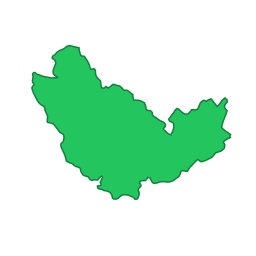 Khoiniki, Gomel, Belarus, rotated 279°
{"feature_id": "67162791B63950130624576", "entity_name": "Khoiniki", "entity_type": "district", "adm_level": 2, "iso_a3": "BLR", "parent_name": "Belarus", "parent_adm1": "Gomel", "projection": "albers", "projection_center": [29.942, 51.823], "detail": "fine", "context": "isolated", "style": "filled", "palette": "green", "viewbox_px": 256, "rotation_deg": 279, "n_neighbors": 0, "source": "geoboundaries", "source_scale": "gbopen_adm2", "svg_char_len": 4368}
<svg xmlns="http://www.w3.org/2000/svg" viewBox="0 0 256 256"><g transform="rotate(279 128 128)"><path d="M134.7,230.6L135.3,229.9L137.5,230.4L139.1,227.4L140.0,225.2L141.5,222.5L143.3,220.3L145.8,220.5L148.5,220.8L150.6,221.2L153.1,221.7L157.5,222.7L160.5,223.2L161.3,222.3L163.2,220.1L166.0,220.1L167.5,220.8L169.3,222.1L171.5,221.3L172.2,220.1L172.9,219.1L170.2,216.7L164.9,214.1L163.3,212.6L165.7,209.9L168.3,207.2L169.8,205.4L168.4,203.1L166.5,200.9L167.1,199.8L167.1,198.1L164.9,196.0L162.4,195.0L159.2,194.4L157.2,193.6L156.4,191.5L156.3,189.7L155.9,187.8L154.1,187.1L151.2,185.0L150.7,182.0L151.4,180.1L152.9,177.4L154.5,175.4L154.9,173.2L153.1,171.8L150.5,170.8L148.9,169.9L145.6,168.2L143.0,166.8L141.2,168.0L140.8,169.8L140.1,171.6L139.1,172.5L135.9,173.1L132.9,172.9L129.8,172.0L128.0,171.5L128.5,169.0L129.5,167.2L130.8,165.4L131.8,163.6L133.4,163.2L135.1,164.5L137.1,164.6L139.0,162.9L140.2,159.0L141.0,156.8L142.5,154.3L143.6,151.5L145.0,150.0L147.2,149.5L148.7,147.4L148.4,145.0L149.1,142.9L151.2,142.5L153.7,141.4L155.5,140.2L156.6,137.0L157.0,133.7L156.7,131.7L156.4,129.6L157.6,128.8L159.6,127.9L161.9,127.5L162.9,125.4L164.0,123.7L165.2,121.0L164.6,118.0L166.2,116.3L168.2,113.3L168.4,110.3L168.8,107.5L168.7,106.1L166.6,104.5L164.4,102.2L165.6,99.7L163.6,98.3L163.5,95.9L164.9,94.9L167.3,94.4L170.3,93.4L171.7,91.3L173.1,89.4L174.7,88.2L176.6,87.4L179.0,87.0L180.8,86.1L181.2,84.7L180.3,83.3L180.2,82.3L181.6,81.1L184.2,80.0L186.2,78.6L188.8,76.7L190.4,74.9L191.9,73.8L192.0,70.5L193.8,69.1L195.7,68.4L197.4,67.6L199.6,67.1L199.7,64.7L199.9,61.2L200.3,57.5L199.3,55.1L197.1,53.0L195.5,51.2L194.1,48.7L192.3,46.7L191.1,45.5L189.4,44.8L188.5,43.9L187.8,42.9L186.9,42.2L185.5,42.1L184.7,42.5L184.4,43.6L183.4,45.3L182.1,46.0L180.3,46.6L178.0,46.0L176.8,45.7L175.9,45.5L173.8,45.1L172.9,45.1L171.2,45.3L170.0,45.7L169.0,46.6L168.4,47.6L167.5,49.7L166.8,50.5L166.3,49.5L166.1,47.4L165.5,45.0L165.6,38.8L165.9,34.8L166.6,32.3L166.7,30.6L166.8,29.7L167.6,28.5L168.2,27.4L168.1,26.4L167.0,25.5L166.1,25.4L165.3,25.6L164.0,26.2L162.9,26.3L161.9,26.2L160.0,26.2L158.8,26.4L158.0,26.8L157.5,27.4L156.9,28.0L156.4,28.4L155.5,28.1L154.2,27.2L153.0,26.8L152.1,26.9L150.9,27.6L148.0,29.0L144.7,31.4L141.5,33.7L139.2,35.8L138.2,37.1L137.4,38.3L137.1,39.2L136.2,41.4L135.1,42.4L133.3,43.0L131.7,43.7L130.5,44.6L129.6,45.3L128.4,46.0L127.4,46.6L126.2,46.8L124.1,47.0L121.9,47.1L121.0,47.7L121.0,47.9L120.9,49.3L120.9,50.8L120.7,52.1L120.5,53.2L119.6,54.5L118.9,55.5L117.8,56.6L116.8,57.5L115.5,58.8L114.0,60.4L113.0,61.4L112.6,62.5L112.2,63.8L111.5,65.2L110.4,65.8L108.6,66.3L106.8,66.3L104.9,66.2L103.8,65.6L102.6,64.7L101.7,64.2L99.7,64.6L98.5,65.1L97.3,65.9L96.2,66.6L94.0,68.1L91.7,69.6L90.1,70.5L88.0,71.4L86.7,71.8L85.7,72.4L85.3,73.3L84.6,75.2L84.5,76.3L84.2,78.0L83.5,79.7L82.5,80.7L81.9,82.4L81.6,84.4L81.4,86.0L80.4,87.3L78.8,87.9L77.7,88.3L76.6,89.1L75.6,90.1L74.7,90.8L74.2,91.8L74.0,93.0L73.8,94.7L73.5,96.3L72.6,97.3L71.5,98.0L70.8,99.6L70.7,100.3L70.8,101.3L71.8,103.0L71.7,104.5L71.7,105.5L72.0,106.3L73.1,106.8L74.4,107.8L75.9,108.7L76.3,110.0L75.1,110.6L74.2,110.2L71.9,109.7L70.3,109.1L69.0,109.8L67.7,110.2L66.9,109.8L66.5,108.6L65.9,106.9L65.1,107.0L63.8,107.6L63.3,109.0L63.3,110.3L63.3,111.6L63.0,112.9L62.5,113.7L62.5,115.2L62.5,116.4L62.3,118.4L61.6,120.1L60.6,121.5L58.0,123.1L56.3,123.6L55.7,124.8L55.7,126.8L57.0,129.3L58.2,130.1L59.7,131.4L61.0,132.9L61.5,134.8L61.7,137.1L61.6,139.3L61.1,141.1L60.6,143.3L59.8,145.0L58.8,145.8L58.9,147.4L59.7,148.4L61.6,149.1L64.0,149.4L66.3,149.1L67.3,148.2L68.9,147.7L70.3,148.2L71.8,149.5L73.2,149.9L74.6,149.1L75.2,148.1L76.4,148.1L77.8,148.8L78.4,151.3L78.7,153.1L79.3,153.8L81.1,154.9L82.3,155.4L82.2,157.3L81.5,158.1L80.2,158.9L78.9,159.8L77.5,161.6L77.5,162.8L78.5,165.9L79.5,167.3L80.3,170.0L80.7,172.7L80.9,176.2L81.4,177.8L82.3,179.7L83.5,181.4L85.1,182.7L86.8,184.6L88.2,185.9L90.9,186.8L93.3,187.0L94.5,188.0L94.4,190.2L94.4,191.9L94.6,193.5L96.5,194.3L98.9,195.2L100.4,196.4L102.5,197.9L104.8,199.4L106.3,200.5L107.7,201.5L107.1,203.8L106.1,204.6L106.3,206.2L107.3,208.2L108.7,210.6L110.9,213.7L111.9,215.1L114.0,216.7L115.5,217.5L117.0,218.3L118.1,220.2L118.8,221.5L119.6,223.2L121.0,224.6L122.8,226.1L125.2,226.4L126.5,226.2L127.7,225.4L128.4,224.6L129.3,224.6L130.4,225.3L132.0,227.0L133.2,228.5L133.9,229.8L134.7,230.6Z" fill="#22c55e" stroke="#15803d" stroke-width="1.5"/></g></svg>